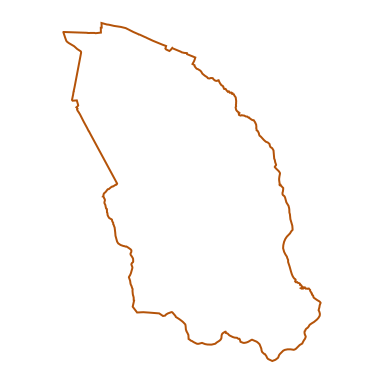 the district of Vama, Satu Mare, Romania
{"feature_id": "2599482B96492701806769", "entity_name": "Vama", "entity_type": "district", "adm_level": 2, "iso_a3": "ROU", "parent_name": "Romania", "parent_adm1": "Satu Mare", "projection": "albers", "projection_center": [23.428, 47.811], "detail": "fine", "context": "isolated", "style": "outline", "palette": "amber", "viewbox_px": 384, "rotation_deg": 0, "n_neighbors": 0, "source": "geoboundaries", "source_scale": "gbopen_adm2", "svg_char_len": 5957}
<svg xmlns="http://www.w3.org/2000/svg" viewBox="0 0 384 384"><path d="M133.7,300.1L134.1,300.4L132.7,306.7L137.1,312.5L143.3,312.2L149.2,312.6L159.2,313.4L163.0,316.0L165.1,315.6L166.2,314.4L167.9,313.4L171.2,312.2L171.8,312.1L172.4,312.4L175.4,315.9L175.8,316.9L179.4,319.2L181.8,321.0L183.1,322.1L185.3,324.4L185.6,325.9L185.9,329.6L186.5,331.1L186.5,331.4L187.2,332.5L188.4,335.0L188.6,339.0L189.6,339.6L190.8,340.6L192.1,341.1L193.6,342.1L196.6,343.6L197.3,343.8L198.6,343.8L202.0,342.9L205.1,344.1L207.4,344.5L210.4,344.6L211.6,344.6L215.0,343.8L215.6,343.5L216.4,342.7L219.2,340.9L220.3,340.0L221.0,339.0L221.4,338.1L221.6,335.4L222.0,334.2L222.5,333.5L223.1,333.0L225.0,331.8L225.6,331.7L225.8,332.0L225.8,332.7L225.9,333.0L227.0,333.3L227.8,333.7L229.3,335.3L232.7,337.0L234.6,337.6L237.0,337.8L238.3,338.8L238.8,338.9L239.4,338.8L240.0,340.0L240.5,341.8L243.4,342.9L244.5,342.9L246.7,342.4L248.4,341.7L251.1,340.1L252.0,339.7L256.7,341.7L258.2,342.9L259.6,344.3L261.3,348.6L261.6,350.6L262.2,352.1L264.3,354.0L265.2,354.3L265.5,355.0L266.3,356.0L267.2,358.0L268.1,359.0L272.2,361.0L275.4,359.8L277.9,357.9L278.2,357.5L279.1,355.1L279.9,354.0L283.2,350.7L284.8,349.9L287.7,349.3L290.5,349.3L293.7,349.8L294.7,349.5L295.9,348.8L299.7,345.0L302.3,343.5L302.6,342.7L303.9,340.3L305.0,338.8L305.7,336.9L305.7,336.4L305.0,334.8L304.7,333.9L304.5,332.7L304.6,331.3L305.2,330.8L305.6,329.5L306.5,328.5L307.6,327.8L308.7,326.5L309.2,325.5L309.8,324.7L311.5,323.5L314.1,321.9L317.0,319.5L318.5,317.8L319.7,315.8L319.9,314.1L319.8,313.4L319.3,311.6L318.6,310.2L319.4,307.2L319.7,305.3L320.2,303.9L320.6,302.9L320.2,302.2L319.4,301.4L317.0,300.0L313.8,297.7L313.5,297.2L313.1,295.6L312.7,295.4L312.5,295.0L312.0,294.6L311.9,293.5L311.5,293.3L311.3,292.5L310.4,291.4L310.1,290.5L310.1,289.9L309.7,289.6L308.8,288.5L307.4,288.8L306.8,288.5L305.9,288.7L305.2,288.2L305.0,287.7L304.8,287.4L303.1,288.6L301.5,288.6L300.9,288.2L302.1,287.6L302.3,287.3L302.8,287.0L301.6,286.1L301.3,285.4L300.9,285.0L300.0,284.8L300.1,284.0L299.5,283.3L297.8,282.8L297.2,282.1L296.1,282.3L295.6,282.0L295.1,281.2L295.6,280.4L295.7,280.1L295.6,279.7L295.3,279.2L294.4,278.7L293.4,277.4L292.5,275.8L291.7,273.8L290.9,271.2L289.6,266.5L288.1,262.0L288.1,260.0L287.2,257.9L286.9,256.7L285.4,254.4L284.1,251.8L283.1,248.2L283.3,245.2L284.1,241.8L285.4,238.8L286.9,236.6L290.1,233.3L290.4,232.7L291.5,231.0L292.5,230.0L292.6,229.4L292.3,225.7L290.4,219.2L289.9,214.2L289.4,212.6L289.3,209.6L289.1,208.1L288.5,205.8L286.4,202.4L285.0,197.3L284.3,196.1L283.0,195.1L282.6,194.5L282.5,193.7L282.5,192.8L282.9,191.4L283.2,189.2L283.2,188.0L281.2,185.9L280.5,184.7L280.2,184.7L279.9,185.3L279.7,185.2L279.5,184.7L279.7,184.0L279.2,180.6L279.1,179.0L279.4,176.6L280.0,173.6L279.9,173.0L279.7,172.5L278.7,171.1L276.0,168.5L274.8,167.1L274.8,166.7L276.0,165.2L276.1,164.8L275.2,162.2L274.8,160.0L274.2,158.6L273.5,150.4L272.2,148.2L270.5,147.1L269.8,145.6L269.6,144.2L269.4,143.9L267.8,142.5L265.8,141.7L263.9,140.0L260.8,136.6L259.5,135.6L258.9,133.8L258.9,133.3L257.8,131.1L256.6,130.3L256.6,129.3L256.2,128.0L256.4,127.1L256.1,124.4L255.6,123.6L255.5,123.2L255.3,122.9L255.2,122.4L254.6,121.6L253.7,120.2L252.5,120.1L251.4,119.5L249.7,118.3L249.2,117.6L248.6,117.7L247.3,116.6L245.9,116.5L244.0,115.5L243.2,115.5L241.6,115.2L240.8,115.6L239.2,115.1L238.9,114.6L238.9,114.0L239.4,113.1L238.5,112.7L238.6,112.3L237.1,111.2L236.1,109.8L235.6,107.3L236.1,106.3L235.9,104.9L236.1,103.7L236.1,102.5L236.2,101.1L235.7,97.4L234.2,95.3L233.9,94.4L232.7,94.0L232.5,93.3L231.8,93.5L231.7,92.9L231.5,92.6L231.1,92.5L229.9,92.8L229.6,92.6L229.0,91.4L228.5,91.3L227.9,91.8L226.4,90.2L226.0,89.4L225.5,88.9L224.5,89.0L224.0,88.8L223.8,88.0L223.4,87.5L223.3,86.6L222.6,85.8L221.9,85.5L221.1,84.9L220.9,84.4L220.2,83.6L218.9,81.1L218.7,80.3L218.3,80.2L217.3,80.8L216.2,80.9L214.8,80.4L213.4,79.2L212.9,78.3L212.5,78.1L210.9,78.0L209.3,78.5L207.9,78.2L207.0,77.1L204.8,75.7L202.4,73.7L201.3,71.8L200.4,70.7L198.0,69.2L196.6,68.7L196.0,68.0L194.7,66.4L194.6,65.3L193.9,64.8L192.5,64.0L193.9,61.5L194.5,60.1L195.3,57.5L187.1,54.2L186.9,53.1L184.3,52.9L181.7,52.3L180.8,51.7L172.8,48.4L172.3,47.9L170.5,50.1L169.4,51.0L166.2,49.5L165.4,48.6L166.1,46.0L162.5,44.7L153.0,40.8L139.4,34.5L138.7,34.5L138.2,34.1L133.4,32.0L125.7,28.1L120.7,26.9L114.0,25.9L108.8,24.7L106.9,24.5L101.5,23.0L101.7,27.6L100.8,27.7L100.9,32.6L95.7,33.2L94.2,32.9L87.8,33.0L87.2,32.8L63.5,32.0L63.4,32.3L65.1,37.5L66.3,40.8L67.0,41.7L68.7,43.0L74.1,46.2L77.2,49.0L80.7,51.3L81.0,51.8L81.1,52.7L74.6,86.9L73.7,91.1L73.8,91.6L73.5,91.9L73.1,94.7L72.0,99.9L72.6,100.7L76.8,100.4L78.2,105.3L77.7,106.2L76.4,107.3L76.9,107.8L77.0,108.2L77.5,108.7L77.1,109.5L77.3,109.8L77.4,110.4L77.8,111.0L78.3,111.6L78.5,112.1L79.0,112.6L79.1,113.0L79.9,114.2L83.6,121.5L87.4,128.5L87.8,129.4L88.8,131.3L89.0,131.3L90.1,133.5L117.1,183.5L116.9,184.1L116.4,184.7L115.9,184.6L113.3,186.3L112.9,186.3L112.6,186.6L112.0,186.6L110.8,187.4L108.8,189.1L107.7,189.3L105.6,192.0L103.9,193.5L103.4,195.2L103.5,195.8L103.0,196.5L103.4,196.6L103.9,197.5L104.2,198.4L104.8,199.3L104.9,200.5L104.5,201.8L104.4,202.6L104.5,203.3L105.4,205.1L105.6,206.4L106.1,208.5L106.7,208.8L106.9,209.2L107.0,212.4L107.4,213.0L107.6,215.1L108.2,216.4L109.1,217.9L110.2,218.6L111.5,219.3L111.9,219.6L112.3,221.4L113.2,222.9L113.2,224.2L113.6,224.7L114.3,226.8L114.6,227.3L115.2,232.3L115.5,235.8L117.1,241.6L118.2,243.4L120.6,245.0L123.4,246.0L124.6,246.2L125.5,246.6L126.4,246.5L127.9,247.4L130.6,249.3L131.3,250.2L131.4,250.7L131.3,251.9L131.0,252.6L130.6,253.3L130.5,253.8L130.6,254.6L130.9,255.2L131.8,256.4L132.8,258.1L133.1,258.9L133.2,261.5L133.0,262.1L132.0,263.0L131.4,264.1L131.4,264.6L132.4,267.2L132.3,268.3L130.9,273.2L130.1,275.1L129.1,276.7L128.9,277.3L130.1,280.7L130.5,283.6L130.8,284.6L131.5,286.0L132.1,288.0L132.5,288.7L132.6,289.6L132.5,290.9L132.8,294.1L133.0,295.2L133.3,296.0L133.5,296.9L133.7,297.8L133.7,300.1Z" fill="none" stroke="#b45309" stroke-width="2"/></svg>